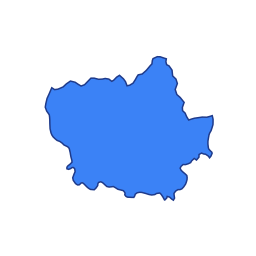 Dubrowna, Vitebsk, Belarus, rotated 314°
{"feature_id": "67162791B1773631612848", "entity_name": "Dubrowna", "entity_type": "district", "adm_level": 2, "iso_a3": "BLR", "parent_name": "Belarus", "parent_adm1": "Vitebsk", "projection": "mercator", "projection_center": [30.836, 54.609], "detail": "fine", "context": "isolated", "style": "filled", "palette": "blue", "viewbox_px": 256, "rotation_deg": 314, "n_neighbors": 0, "source": "geoboundaries", "source_scale": "gbopen_adm2", "svg_char_len": 2608}
<svg xmlns="http://www.w3.org/2000/svg" viewBox="0 0 256 256"><g transform="rotate(314 128 128)"><path d="M195.4,180.0L193.3,178.9L190.5,177.2L187.4,173.8L184.0,171.2L181.2,169.0L178.6,167.5L175.9,166.1L176.9,162.3L178.4,158.7L178.4,155.2L180.6,152.8L185.4,150.6L186.2,144.5L186.0,139.9L188.5,135.2L194.3,132.6L196.5,128.5L196.5,123.9L200.2,119.5L201.2,114.4L200.4,111.8L202.0,109.2L204.4,107.5L203.0,104.7L201.6,101.7L199.6,99.5L195.3,97.8L193.5,98.6L190.7,100.7L188.3,100.7L183.0,101.1L181.4,101.1L176.7,100.7L174.9,99.5L173.3,98.4L171.1,98.8L167.8,99.7L163.8,100.5L160.0,99.5L157.7,98.0L159.6,94.0L160.2,90.6L160.0,85.3L156.7,84.5L152.3,84.5L150.3,83.9L149.9,80.3L147.8,77.2L145.4,75.6L142.6,73.0L140.4,69.1L138.1,66.7L132.7,66.7L129.0,66.7L125.6,65.1L124.8,61.7L124.2,58.2L121.8,54.0L116.9,53.0L112.5,52.8L107.2,50.6L104.6,48.5L104.0,45.2L97.4,47.7L93.1,49.2L88.4,52.0L85.5,54.0L83.7,57.7L83.2,60.3L82.8,62.2L81.4,64.0L79.4,66.2L76.8,68.8L73.3,72.5L71.0,76.0L70.1,78.1L69.6,80.3L69.6,83.0L69.8,85.6L71.0,88.4L71.4,91.3L71.3,93.6L71.9,95.5L72.6,97.6L72.5,99.8L71.7,101.1L70.1,103.6L68.9,105.2L67.6,107.0L65.6,110.3L64.4,111.5L61.1,111.4L59.7,111.1L58.2,111.1L57.1,111.5L56.2,112.4L57.0,114.0L58.8,114.9L60.8,115.3L61.7,116.3L61.6,118.1L59.8,120.3L57.4,121.2L53.8,122.8L52.3,125.0L52.0,126.7L51.6,128.7L51.7,130.0L52.1,131.4L53.3,132.4L54.8,132.5L56.0,132.5L57.0,133.4L57.2,135.2L57.1,138.4L57.1,140.1L57.3,141.8L57.7,143.6L60.1,146.6L62.5,146.7L65.5,146.2L67.2,144.9L68.5,144.7L70.4,145.8L71.0,147.5L71.1,149.4L71.1,150.8L71.2,153.4L72.4,155.4L73.9,156.7L75.7,158.1L76.2,159.9L76.9,163.3L78.0,165.2L79.7,168.2L79.4,170.4L78.9,171.3L77.7,172.1L77.4,173.9L77.8,175.5L78.7,176.6L80.7,178.9L82.1,180.4L83.9,180.0L85.4,179.2L87.8,179.6L89.8,181.0L91.2,182.6L93.2,186.2L94.8,189.4L96.3,191.6L98.7,193.5L100.7,194.0L103.3,196.0L103.3,198.0L102.6,201.1L101.6,204.2L101.8,204.5L104.6,204.5L106.0,203.7L107.2,205.9L107.2,208.6L107.6,210.8L109.9,210.2L111.9,207.6L112.9,206.5L115.7,206.1L118.3,206.7L119.8,208.2L121.6,209.0L124.2,209.0L127.6,208.4L129.5,207.6L131.9,206.3L133.5,204.9L134.7,203.3L134.7,200.9L134.5,197.9L134.5,195.6L135.3,193.4L137.3,192.8L140.0,193.0L141.6,194.8L144.2,196.2L146.6,197.1L148.6,196.6L152.1,196.8L152.5,199.5L153.1,199.5L156.3,199.3L158.3,197.5L161.0,198.3L162.0,200.7L163.0,201.9L163.6,205.3L163.2,207.4L165.4,207.2L168.2,206.1L168.8,205.2L168.8,202.9L169.0,200.6L169.7,199.4L172.0,196.6L174.1,194.6L177.3,192.4L179.4,191.0L181.3,190.2L183.8,189.6L186.1,188.5L189.4,186.8L191.2,185.2L193.4,183.1L194.9,180.8L195.4,180.0Z" fill="#3b82f6" stroke="#1e3a8a" stroke-width="1.5"/></g></svg>